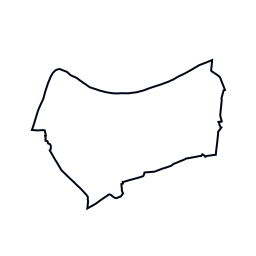 outline of Long Xuyen, An Giang, Vietnam, rotated 286°
{"feature_id": "81297802B27304776569222", "entity_name": "Long Xuyen", "entity_type": "district", "adm_level": 2, "iso_a3": "VNM", "parent_name": "Vietnam", "parent_adm1": "An Giang", "projection": "mercator", "projection_center": [105.422, 10.372], "detail": "fine", "context": "isolated", "style": "outline", "palette": "ink", "viewbox_px": 256, "rotation_deg": 286, "n_neighbors": 0, "source": "geoboundaries", "source_scale": "gbopen_adm2", "svg_char_len": 4098}
<svg xmlns="http://www.w3.org/2000/svg" viewBox="0 0 256 256"><g transform="rotate(286 128 128)"><path d="M58.8,138.1L59.2,138.5L59.5,138.8L59.7,139.2L59.9,139.6L60.1,139.9L60.3,140.0L60.6,140.1L60.9,140.3L61.4,140.4L62.0,140.6L62.7,140.8L63.3,141.0L63.8,141.3L64.6,140.6L65.0,140.2L65.7,139.7L66.1,139.5L66.1,139.4L67.2,139.0L68.2,138.7L71.6,137.3L72.3,137.1L73.1,138.4L73.3,138.4L73.9,138.1L74.7,137.8L74.8,138.3L75.4,139.3L76.1,140.4L78.1,143.4L80.0,146.6L82.0,149.9L84.0,153.1L85.2,154.8L85.4,155.2L85.5,155.4L85.7,155.6L86.0,155.8L86.3,156.0L86.5,156.1L86.8,156.0L87.1,156.0L87.4,156.0L87.6,156.0L87.8,156.2L88.0,156.2L88.4,156.2L88.7,156.2L89.0,156.2L89.4,156.1L89.7,156.1L89.8,156.3L89.9,156.5L90.1,157.0L90.3,157.3L91.7,161.3L92.5,163.1L93.0,164.6L93.4,165.6L95.0,167.8L97.1,170.5L99.0,173.1L100.2,175.1L103.6,179.9L106.1,181.8L108.7,185.2L110.7,187.6L112.1,189.5L113.6,191.3L114.7,192.2L114.8,192.5L114.9,192.9L115.1,193.4L115.6,194.2L116.5,196.2L116.9,196.9L117.2,197.4L117.6,198.4L118.6,200.3L119.5,202.1L119.9,202.9L120.5,204.0L120.9,204.9L121.3,205.8L121.5,206.2L122.4,206.5L123.2,206.7L123.0,207.4L122.8,207.9L122.7,208.4L122.3,209.5L122.0,210.1L121.7,210.3L121.8,210.4L122.1,210.6L122.4,210.9L122.8,211.3L125.2,216.8L126.5,219.8L130.4,219.0L130.7,219.0L141.2,217.3L148.3,216.0L149.1,215.7L154.2,217.6L154.2,217.1L154.3,216.7L154.8,216.3L155.5,215.9L155.8,215.6L156.0,215.2L156.4,215.0L156.8,214.7L157.4,214.4L157.9,214.2L158.8,213.2L159.0,213.5L159.4,215.1L159.8,216.2L160.0,216.3L160.5,216.2L160.8,216.0L160.9,215.6L161.3,215.5L162.0,215.3L163.0,214.6L163.6,214.1L164.9,213.6L165.8,213.1L166.0,213.0L169.1,212.5L180.9,210.4L181.9,209.7L190.4,209.5L191.3,210.8L193.0,209.4L195.8,207.3L198.2,205.4L201.4,203.0L201.9,202.5L202.3,202.1L202.9,201.0L203.8,198.5L205.5,193.1L205.9,192.3L206.2,192.1L206.6,191.9L208.2,191.7L208.9,191.5L210.0,191.4L210.5,191.4L211.3,191.2L212.4,190.9L214.9,190.5L215.7,190.3L216.5,190.1L213.9,186.9L212.7,185.3L212.0,184.5L210.2,182.0L208.6,179.9L207.8,178.9L206.5,177.7L203.7,175.0L202.0,173.5L199.9,171.4L196.9,168.4L195.1,166.5L193.1,164.2L191.8,162.7L190.2,161.1L186.9,158.0L186.4,157.3L185.5,156.2L184.3,154.9L183.2,153.5L180.4,149.6L179.3,148.2L173.6,139.7L172.6,138.3L171.8,137.1L168.6,132.9L164.7,126.4L164.6,126.1L161.6,119.2L161.1,117.3L160.2,114.3L159.9,113.0L159.8,112.5L158.7,109.4L157.9,106.8L157.3,104.3L157.0,102.0L156.6,99.4L156.4,97.2L156.3,94.3L156.2,91.2L156.2,89.2L156.4,87.0L156.5,83.5L156.6,81.5L156.7,80.1L156.9,79.1L157.2,78.4L157.6,77.1L158.4,75.1L158.9,73.2L159.9,70.5L160.4,69.0L160.8,67.8L161.6,66.0L162.0,64.5L162.3,63.4L162.4,62.0L162.6,60.1L163.1,58.0L163.3,57.3L163.7,56.7L164.6,55.0L165.1,53.8L165.2,52.5L165.4,50.9L165.6,49.1L165.6,48.3L165.8,47.3L165.8,46.3L165.5,45.2L164.9,44.2L164.0,42.9L162.3,41.7L160.0,40.5L158.2,40.1L155.8,39.5L152.5,39.2L151.4,39.0L149.3,38.8L147.2,38.7L144.4,38.6L140.8,38.4L136.1,38.5L132.4,38.5L130.3,38.2L128.6,37.9L126.9,37.6L124.5,37.3L122.4,37.0L119.4,36.7L113.5,36.6L106.3,36.5L101.4,36.3L99.6,36.2L99.9,37.4L100.1,38.8L100.3,39.7L100.7,41.5L101.1,42.8L102.3,46.0L102.8,48.6L101.7,49.2L99.6,50.3L98.0,51.2L97.6,50.5L97.4,50.6L95.4,51.7L95.0,51.8L94.7,51.7L94.1,51.8L93.0,52.3L93.0,52.5L93.1,52.8L93.1,53.2L93.1,53.8L93.1,54.1L92.9,54.5L92.6,54.7L92.2,54.8L91.9,54.9L91.6,55.1L91.2,55.3L91.1,55.5L91.0,55.8L91.1,56.1L91.1,56.4L91.1,56.8L90.9,57.3L90.7,57.7L90.4,58.0L90.1,58.3L89.6,58.6L89.2,58.8L88.7,59.0L87.6,59.3L86.0,59.5L85.7,59.5L85.5,59.3L85.1,59.0L85.0,58.9L84.8,59.0L82.6,61.4L79.8,64.3L77.0,67.1L75.8,68.6L73.2,71.3L71.3,73.3L69.0,75.8L68.7,76.3L67.3,79.0L65.0,83.2L64.7,83.8L63.1,86.9L61.6,89.9L60.9,91.2L59.9,93.0L59.4,94.0L58.4,95.8L57.0,98.6L56.4,99.7L52.5,106.1L51.2,107.9L50.8,108.3L48.0,109.1L46.7,109.8L39.5,111.1L44.5,116.1L46.1,117.7L47.7,119.0L49.6,120.4L50.7,121.3L51.0,121.5L51.4,121.8L53.7,123.7L56.9,126.4L57.5,126.9L58.3,127.4L58.8,127.9L59.0,128.3L59.0,128.7L59.0,129.3L59.0,129.9L58.9,130.2L58.5,131.0L58.0,132.1L57.7,133.0L57.4,133.9L57.3,134.7L57.3,135.3L57.4,136.1L57.6,136.7L58.6,137.7L58.8,138.1Z" fill="none" stroke="#020617" stroke-width="2"/></g></svg>